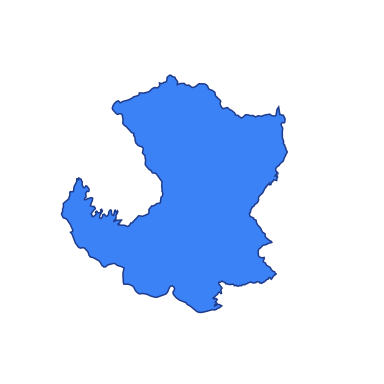 the district of Mphaki, Quthing, Lesotho, rotated 228°
{"feature_id": "5366337B73026559585968", "entity_name": "Mphaki", "entity_type": "district", "adm_level": 2, "iso_a3": "LSO", "parent_name": "Lesotho", "parent_adm1": "Quthing", "projection": "natural_earth1", "projection_center": [28.183, -30.161], "detail": "fine", "context": "isolated", "style": "filled", "palette": "blue", "viewbox_px": 384, "rotation_deg": 228, "n_neighbors": 0, "source": "geoboundaries", "source_scale": "gbopen_adm2", "svg_char_len": 6035}
<svg xmlns="http://www.w3.org/2000/svg" viewBox="0 0 384 384"><g transform="rotate(228 192 192)"><path d="M197.2,313.3L196.6,310.6L192.7,305.6L192.7,304.9L193.6,303.8L195.5,302.3L197.8,301.9L200.3,297.9L201.4,295.6L201.5,294.5L204.4,292.2L205.2,289.4L207.9,288.6L209.6,286.6L211.8,285.3L213.6,283.5L213.5,279.9L214.1,278.1L218.2,277.4L220.2,275.8L221.3,276.4L222.8,276.5L226.1,276.1L227.7,275.2L230.9,274.9L231.7,274.0L232.1,272.7L233.0,271.2L233.9,270.5L237.1,271.1L238.8,271.8L240.0,273.8L240.9,274.3L247.7,273.8L250.8,275.7L253.9,275.1L255.4,274.2L257.6,273.4L260.1,274.4L262.3,274.4L264.1,273.5L267.8,269.6L268.1,264.6L269.5,262.0L273.6,261.2L275.0,259.1L278.1,258.8L280.7,255.5L281.7,252.8L283.4,255.1L287.4,255.5L288.6,256.1L291.0,254.6L292.4,254.6L293.7,253.7L293.9,250.4L291.3,247.2L291.4,245.9L292.2,244.7L292.4,243.1L293.4,241.5L294.8,240.8L292.6,239.2L292.4,236.3L293.3,235.1L294.4,234.5L295.0,233.2L295.4,231.6L295.3,227.4L296.0,225.7L297.8,222.4L300.9,219.1L299.7,217.9L299.8,216.3L301.8,212.2L301.8,210.4L303.0,206.3L305.5,201.4L306.3,198.3L309.1,198.3L309.8,196.3L309.6,193.0L309.0,191.1L307.6,188.8L306.3,188.2L301.6,188.1L299.7,188.4L298.5,190.6L297.3,191.7L296.3,191.9L291.9,189.2L289.4,186.6L287.6,186.2L284.5,186.9L276.5,186.9L274.5,188.0L273.1,186.5L270.5,186.0L268.6,184.4L266.1,183.1L262.6,183.1L258.6,185.1L257.0,185.0L254.2,181.3L250.2,181.3L249.3,180.4L246.7,178.8L244.0,175.8L242.3,175.3L237.2,175.2L235.5,175.9L232.7,175.3L230.4,177.4L228.9,177.6L219.7,176.6L216.3,173.1L213.9,171.6L212.9,170.3L211.3,169.9L209.6,168.5L208.8,167.0L208.8,165.4L205.5,161.6L205.3,160.7L206.9,158.2L207.2,154.9L207.7,153.7L208.6,152.8L207.9,148.4L205.9,146.6L205.1,145.3L205.1,144.4L207.0,139.0L210.0,136.6L209.2,126.7L210.0,125.6L209.2,124.1L209.2,121.9L209.4,121.1L212.4,119.6L215.4,116.5L216.2,116.2L216.6,115.4L217.2,115.3L217.9,116.1L217.4,117.5L218.3,119.4L218.1,120.4L218.3,120.9L221.6,116.8L222.4,114.3L222.9,114.6L223.0,117.6L225.5,119.9L226.4,122.7L227.0,123.7L227.8,123.9L227.1,122.5L227.5,122.1L229.8,122.9L230.0,122.2L227.5,118.8L227.3,117.8L228.1,117.3L230.3,118.1L232.2,119.7L233.0,119.7L233.4,118.9L233.0,117.1L231.3,114.9L230.7,113.4L231.5,111.9L234.2,112.0L234.8,110.6L233.4,108.6L233.3,106.4L234.8,106.2L235.6,106.9L236.3,107.8L237.7,112.5L238.2,113.0L239.7,113.2L240.0,112.2L238.4,111.2L238.1,110.4L238.9,108.7L239.8,108.1L240.7,108.5L241.6,108.3L241.8,107.7L241.3,106.5L240.2,106.3L239.7,105.8L239.5,105.0L239.5,103.5L240.0,102.1L240.5,101.5L241.5,102.1L243.2,102.3L244.4,107.5L244.2,108.9L244.7,109.3L246.9,109.6L247.0,108.9L249.7,107.2L251.5,110.2L252.1,111.9L253.9,114.1L255.3,113.3L255.7,112.7L256.0,111.3L257.0,110.1L257.1,108.4L258.2,107.0L259.4,108.5L259.2,109.9L260.2,110.9L262.0,111.8L262.8,114.6L261.6,115.5L261.6,116.1L263.2,117.5L266.8,117.8L267.6,117.2L267.1,115.6L267.6,114.5L268.4,114.4L271.0,115.3L273.2,117.4L274.4,117.4L275.4,118.1L278.3,117.2L278.2,116.6L277.4,116.5L277.0,116.0L277.5,115.5L278.5,115.5L278.9,115.1L276.9,113.3L274.8,107.8L271.8,104.3L271.9,103.7L273.7,101.7L273.5,101.0L270.9,98.6L270.4,97.1L269.4,96.0L269.6,88.7L266.9,86.4L265.8,84.2L263.8,82.6L263.7,81.5L262.8,80.1L259.1,79.1L258.2,79.4L257.4,80.1L255.4,80.7L249.2,79.8L243.2,77.8L242.7,76.5L243.3,74.8L240.7,74.6L232.1,71.2L226.7,70.7L224.9,71.6L223.8,73.5L222.5,74.6L217.0,74.6L214.1,73.2L211.8,72.9L209.7,74.5L203.5,76.7L202.1,76.9L197.7,76.0L195.3,76.3L194.3,77.5L194.0,81.0L191.4,85.9L190.3,86.9L187.4,87.4L183.6,89.7L180.9,90.6L177.9,86.4L176.7,85.3L170.8,80.5L169.1,79.7L166.3,82.8L163.5,84.4L161.8,84.9L160.4,85.0L156.2,83.9L152.7,84.2L151.2,85.0L150.1,86.8L148.3,88.6L145.1,90.6L142.8,91.5L140.6,92.8L138.7,94.0L137.2,95.6L133.7,104.2L133.9,106.7L135.8,110.6L136.4,112.6L135.7,114.4L134.0,115.0L131.7,114.3L131.1,113.4L130.3,110.8L128.5,109.7L124.3,109.5L120.2,110.3L113.9,113.4L111.7,113.2L108.4,114.4L100.0,115.6L98.0,116.6L96.6,117.9L94.6,121.0L91.0,128.1L90.2,129.2L89.4,129.5L88.5,131.4L88.4,132.8L87.6,135.2L87.5,137.9L89.8,137.1L91.1,136.1L92.2,132.6L92.8,133.1L92.3,135.9L92.7,136.2L94.4,135.3L95.1,138.7L96.4,138.8L97.9,136.7L99.0,136.6L99.2,137.3L98.5,138.2L99.1,139.8L98.9,142.4L99.5,144.2L99.5,145.1L98.7,145.5L97.2,145.5L96.9,146.1L100.2,148.1L100.3,149.6L100.6,150.1L105.4,150.4L106.5,150.8L106.9,151.5L106.0,152.8L105.9,154.1L105.3,155.0L104.5,155.0L103.0,156.0L101.3,155.6L100.7,156.5L99.9,156.6L97.3,158.8L96.5,160.3L95.5,161.0L94.0,160.8L93.1,162.4L92.3,162.4L91.2,163.2L90.7,164.1L90.7,164.7L89.2,166.1L89.3,167.6L87.9,169.0L86.3,174.5L85.5,175.7L83.9,176.2L82.5,177.7L81.9,179.1L82.2,179.7L81.1,181.0L80.2,181.7L78.7,181.6L78.2,182.6L77.6,182.6L76.8,186.1L76.9,189.1L76.3,190.1L76.3,190.7L76.9,191.5L76.8,192.2L76.5,192.6L74.2,192.4L74.2,193.6L75.0,195.9L74.7,200.4L74.9,199.7L75.6,199.3L77.5,200.0L79.2,199.0L81.7,199.1L83.5,199.7L87.4,198.4L90.2,199.0L92.3,198.3L93.3,199.1L94.2,201.3L95.2,201.8L95.7,200.6L97.5,199.1L98.9,198.6L100.0,198.7L103.7,201.5L104.8,203.5L104.9,204.4L104.6,205.2L104.9,208.5L104.7,209.6L103.4,211.6L102.4,215.3L101.5,216.5L101.2,217.7L102.6,217.8L104.4,217.1L108.9,216.4L110.3,216.9L112.0,218.3L115.2,217.5L119.2,218.8L124.0,218.8L126.5,219.6L128.2,220.8L130.2,219.8L131.6,220.4L134.9,218.8L137.6,220.1L137.6,221.4L138.0,221.7L138.1,222.4L139.1,222.9L139.7,225.1L140.3,226.1L140.3,227.6L140.0,228.1L140.7,230.7L140.3,232.8L140.9,235.2L141.8,236.5L142.9,237.1L143.9,238.8L144.1,244.1L146.1,249.0L145.9,250.0L146.4,250.7L146.7,255.1L146.1,254.3L145.5,254.4L144.7,255.6L145.8,257.2L145.8,258.9L146.3,261.1L143.9,262.6L145.6,264.5L145.6,265.3L146.8,266.2L147.3,265.8L147.4,265.2L148.4,264.4L148.7,266.7L148.0,267.9L148.4,268.5L149.3,267.6L149.9,268.6L151.2,268.4L152.9,269.3L153.5,270.2L153.8,272.1L153.5,274.5L154.1,276.8L153.9,280.6L155.5,283.2L158.0,289.6L160.3,290.2L162.4,291.3L163.6,291.4L164.9,292.3L167.1,292.4L168.1,293.9L171.7,295.4L176.0,299.1L178.8,302.2L181.2,302.7L182.4,303.4L183.0,303.9L183.2,304.7L182.8,305.8L181.8,306.7L181.8,307.7L184.2,310.2L188.0,311.2L190.7,309.1L197.2,313.3Z" fill="#3b82f6" stroke="#1e3a8a" stroke-width="1.5"/></g></svg>